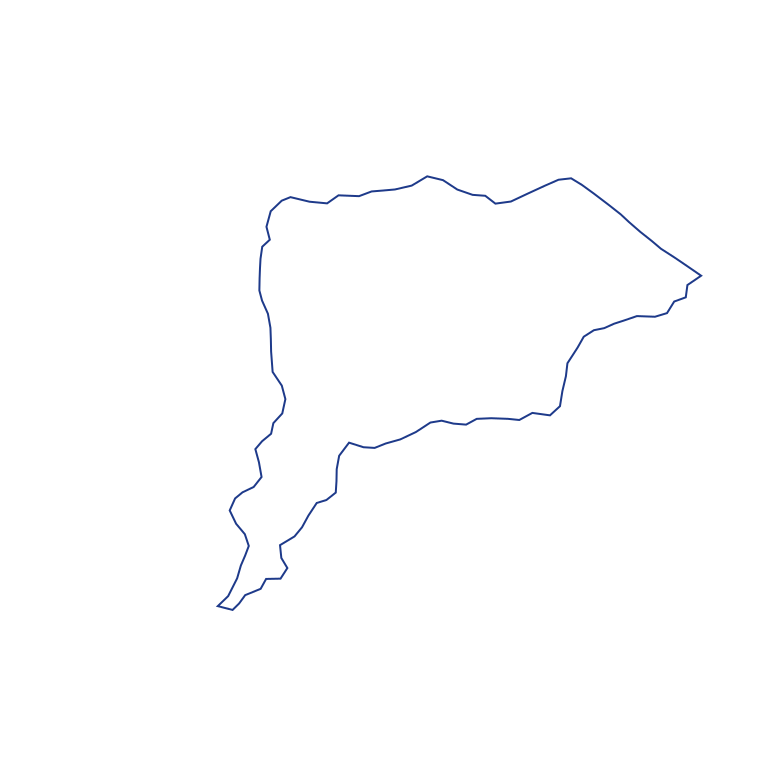 the district of Morro da Fumaça, Santa Catarina, Brazil, rotated 306°
{"feature_id": "56859067B42300918373881", "entity_name": "Morro da Fumaça", "entity_type": "district", "adm_level": 2, "iso_a3": "BRA", "parent_name": "Brazil", "parent_adm1": "Santa Catarina", "projection": "equal_earth", "projection_center": [-49.259, -28.637], "detail": "fine", "context": "isolated", "style": "outline", "palette": "blue", "viewbox_px": 768, "rotation_deg": 306, "n_neighbors": 0, "source": "geoboundaries", "source_scale": "gbopen_adm2", "svg_char_len": 1594}
<svg xmlns="http://www.w3.org/2000/svg" viewBox="0 0 768 768"><g transform="rotate(306 384 384)"><path d="M106.6,380.1L112.2,394.3L121.3,395.8L131.6,395.8L145.8,404.6L157.0,403.2L165.7,414.7L178.3,414.0L182.9,403.2L192.5,394.6L208.1,401.2L219.9,401.9L233.1,400.2L248.2,399.5L256.3,405.6L267.8,408.8L277.4,402.7L287.3,395.8L299.6,389.9L316.0,390.2L320.8,404.6L326.8,414.0L336.8,420.3L348.7,429.7L363.8,438.0L380.1,444.2L388.2,452.2L392.8,463.5L399.4,474.3L410.3,479.5L419.3,490.8L428.7,504.8L434.4,514.6L447.8,521.0L456.2,536.7L469.5,539.4L483.1,532.5L497.2,526.6L508.6,520.2L518.4,519.7L527.4,519.2L539.7,517.8L550.9,522.2L558.6,529.3L568.0,534.7L576.1,540.6L587.6,548.7L597.7,563.7L607.7,571.3L621.3,570.3L631.5,577.2L642.4,571.3L658.0,576.9L657.6,560.7L657.1,544.8L656.2,528.6L657.1,516.5L657.7,502.1L659.0,487.1L660.4,475.6L661.0,459.9L661.4,441.7L661.4,427.2L660.4,414.5L651.8,405.1L638.8,397.5L622.2,388.2L606.2,379.4L595.4,368.1L595.8,355.3L589.1,344.5L584.4,329.0L583.6,311.9L577.4,296.9L560.8,289.8L547.8,278.5L539.7,269.2L532.5,260.8L521.3,253.4L509.9,236.3L496.7,231.8L487.7,216.6L480.2,198.5L472.2,193.5L457.2,190.8L442.1,196.5L433.6,206.8L423.5,204.8L412.7,210.5L404.8,215.6L396.3,221.3L386.4,228.2L379.8,236.3L372.6,248.8L362.7,259.1L353.9,266.0L343.9,273.6L328.3,286.8L322.6,302.3L313.8,313.1L300.4,319.0L287.3,317.5L277.4,321.9L266.0,319.0L255.7,318.2L247.2,328.8L236.8,339.6L224.1,339.1L213.2,333.2L203.9,330.8L191.0,333.5L184.0,346.5L180.7,359.7L173.5,369.8L163.6,372.5L153.0,374.9L140.5,379.4L120.8,382.6L106.6,380.1Z" fill="none" stroke="#1e3a8a" stroke-width="2"/></g></svg>